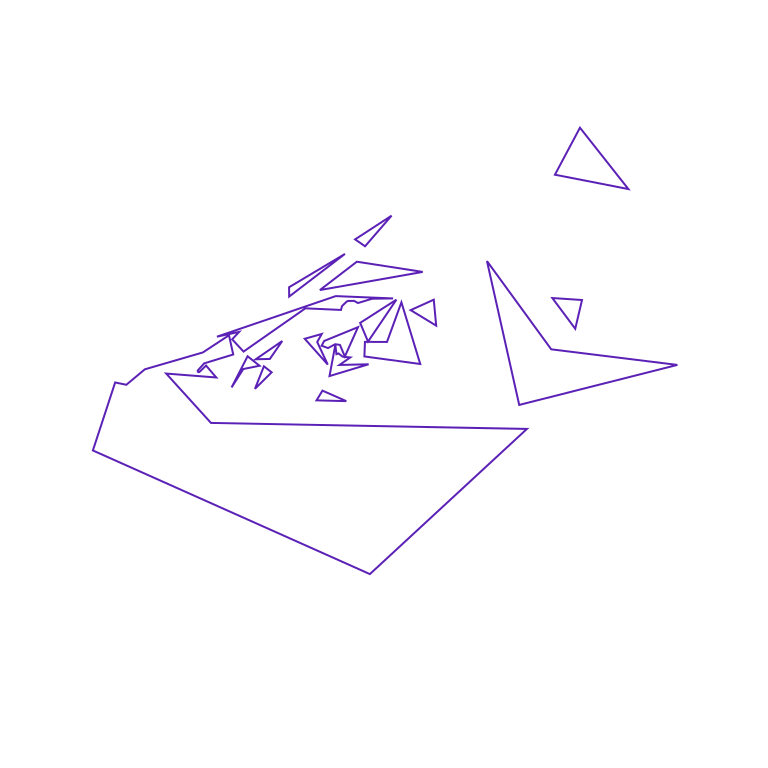 Guayaquil, Guayas, Ecuador, rotated 250°
{"feature_id": "8360857B75288721097085", "entity_name": "Guayaquil", "entity_type": "district", "adm_level": 2, "iso_a3": "ECU", "parent_name": "Ecuador", "parent_adm1": "Guayas", "projection": "natural_earth1", "projection_center": [-80.067, -2.513], "detail": "medium", "context": "isolated", "style": "outline", "palette": "violet", "viewbox_px": 768, "rotation_deg": 250, "n_neighbors": 0, "source": "geoboundaries", "source_scale": "gbopen_adm2", "svg_char_len": 1525}
<svg xmlns="http://www.w3.org/2000/svg" viewBox="0 0 768 768"><g transform="rotate(250 384 384)"><path d="M421.1,87.7L210.2,305.7L292.9,502.9L406.6,208.1L468.3,182.9L447.5,228.6L462.2,223.1L458.5,214.8L458.5,213.8L459.2,213.3L460.4,213.6L464.9,222.1L463.3,252.4L482.8,255.0L475.6,224.6L479.6,164.3L471.4,141.6L477.4,131.9L421.1,87.7ZM464.3,522.8L318.1,503.9L301.6,666.2L359.4,553.0L464.3,522.8ZM522.2,616.2L483.6,680.3L557.8,655.8L522.2,616.2ZM483.1,368.7L485.6,243.2L482.5,265.7L477.9,256.6L462.5,263.1L482.0,336.0L468.3,368.9L471.6,371.2L474.2,377.1L474.3,378.7L472.3,384.4L469.0,387.2L468.2,402.0L461.3,421.8L483.1,368.7ZM476.1,458.7L508.2,400.3L494.2,355.9L476.1,458.7ZM430.1,380.5L416.6,375.0L390.4,424.9L454.8,428.3L422.5,401.2L430.1,380.5ZM529.8,406.3L519.9,413.3L539.6,448.7L529.8,406.3ZM459.0,424.5L449.6,382.5L429.3,383.5L459.0,424.5ZM407.2,571.6L370.5,582.6L395.2,598.8L407.2,571.6ZM519.6,391.8L507.4,327.9L498.6,324.8L519.6,391.8ZM437.5,351.7L410.1,335.5L407.8,376.3L417.1,348.7L420.5,361.4L423.8,354.5L428.3,351.7L428.3,349.5L437.5,351.7ZM456.7,265.3L432.9,239.6L446.2,256.9L443.7,273.3L456.7,265.3ZM446.3,379.0L444.9,342.5L441.3,338.5L436.9,343.7L438.1,351.7L435.8,356.0L423.2,356.6L446.3,379.0ZM446.2,459.6L444.3,434.3L421.0,453.0L446.2,459.6ZM453.6,325.0L421.5,337.8L446.3,335.6L452.3,342.6L453.6,325.0ZM380.8,342.7L398.8,323.9L391.7,315.0L380.8,342.7ZM459.2,303.1L451.1,271.9L446.6,285.3L459.2,303.1ZM441.7,277.2L423.6,261.1L433.4,282.4L441.7,277.2Z" fill="none" stroke="#5b21b6" stroke-width="2"/></g></svg>